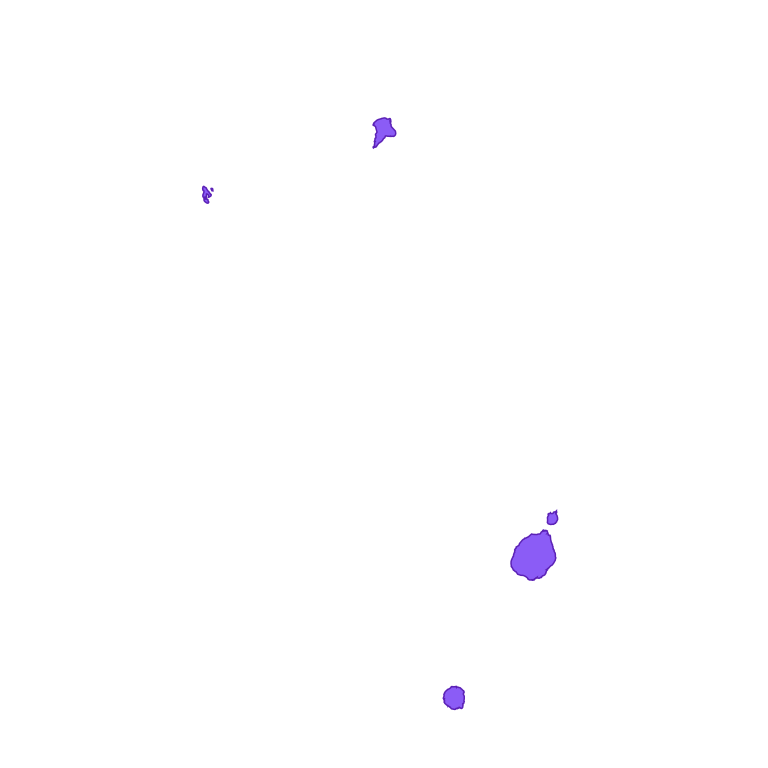 Kota Ternate, Maluku Utara, Indonesia (Robinson projection), rotated 39°
{"feature_id": "22746128B36781349389855", "entity_name": "Kota Ternate", "entity_type": "district", "adm_level": 2, "iso_a3": "IDN", "parent_name": "Indonesia", "parent_adm1": "Maluku Utara", "projection": "robinson", "projection_center": [127.204, 0.893], "detail": "fine", "context": "isolated", "style": "filled", "palette": "violet", "viewbox_px": 768, "rotation_deg": 39, "n_neighbors": 0, "source": "geoboundaries", "source_scale": "gbopen_adm2", "svg_char_len": 6055}
<svg xmlns="http://www.w3.org/2000/svg" viewBox="0 0 768 768"><g transform="rotate(39 384 384)"><path d="M603.5,395.8L603.4,395.5L603.1,395.5L602.9,395.8L602.2,395.8L602.0,396.4L601.4,396.3L601.2,396.6L601.3,397.2L600.9,397.4L600.5,398.0L600.2,397.3L600.0,397.1L599.7,397.2L599.6,398.1L600.0,398.8L599.6,399.4L599.4,400.2L599.7,401.9L599.6,402.2L599.1,402.9L598.1,403.7L597.8,404.5L597.4,404.9L594.4,407.1L593.1,407.7L592.4,411.9L592.1,412.3L592.0,412.9L591.4,413.8L591.4,414.1L591.0,414.8L590.4,415.2L590.6,415.9L590.1,416.8L589.8,418.2L589.7,422.5L589.9,423.3L590.2,423.7L590.3,424.4L589.9,426.1L589.3,427.5L589.8,428.0L589.9,428.9L589.7,429.1L589.9,430.1L589.9,430.5L590.5,430.8L590.6,431.6L591.5,432.5L591.5,433.7L592.0,434.5L592.2,435.3L593.0,436.3L592.9,437.2L593.3,437.8L593.3,438.9L593.8,439.8L593.8,440.4L594.5,442.0L595.8,443.7L597.4,445.2L597.6,445.6L598.2,446.0L598.1,446.5L598.3,446.0L598.8,445.8L601.8,447.2L602.3,446.9L602.9,447.1L604.2,447.1L604.7,446.8L607.6,447.7L610.8,446.5L612.4,445.3L613.3,444.9L615.2,444.5L617.1,444.4L617.7,444.5L618.4,445.0L618.8,444.8L619.6,444.9L620.6,444.6L621.3,443.9L621.8,443.7L622.0,443.5L621.9,443.3L622.2,442.9L622.6,442.8L622.9,443.0L623.0,442.9L622.7,442.7L623.4,442.0L623.5,442.1L623.7,441.7L623.5,441.4L623.6,441.2L623.8,441.4L623.9,441.1L623.8,441.3L623.6,441.1L623.7,440.8L623.9,441.0L623.9,440.6L623.9,440.8L623.8,440.7L623.8,440.4L624.0,440.3L624.0,439.8L624.2,439.7L624.0,439.3L624.3,438.8L624.5,438.1L624.6,438.4L624.7,438.2L625.0,438.5L625.3,438.2L626.7,437.4L627.1,436.9L627.6,435.4L627.9,435.5L627.7,436.0L628.1,435.1L627.8,434.6L628.0,433.3L628.3,433.3L628.0,433.2L628.1,432.9L628.5,432.6L629.0,431.3L629.0,431.1L628.7,431.1L629.0,431.0L628.8,429.7L628.5,429.7L628.9,429.6L628.8,429.1L628.6,428.6L628.4,428.6L627.8,426.6L627.1,426.3L627.1,426.1L627.7,425.8L627.4,425.6L627.5,425.5L627.6,425.4L627.4,425.5L627.5,425.3L627.4,424.6L627.6,424.5L627.4,424.3L627.7,423.9L627.7,423.1L627.9,422.9L627.8,422.2L628.0,420.2L628.5,419.4L628.6,418.7L628.6,416.9L628.0,413.2L627.2,411.8L627.1,411.2L626.9,410.9L626.5,410.8L625.8,410.3L624.3,408.5L623.4,407.7L621.7,407.1L620.7,406.0L619.6,406.0L619.0,405.2L618.3,405.0L617.7,404.1L617.3,404.0L616.8,403.7L616.2,403.0L615.9,403.0L614.2,401.9L613.6,401.7L611.4,400.0L608.9,397.4L608.4,397.2L608.3,397.5L607.9,397.3L607.1,397.9L606.6,397.9L606.4,397.5L605.4,396.9L605.0,397.4L605.0,396.6L603.5,395.8ZM634.8,572.1L633.9,572.3L633.3,572.8L632.5,572.9L631.4,573.6L631.4,573.9L631.1,573.7L631.1,574.0L630.7,573.7L630.2,573.8L629.7,574.7L628.9,575.1L628.3,575.9L628.0,576.1L627.4,576.2L626.9,576.7L626.8,577.2L627.0,577.5L626.9,578.6L625.9,581.3L625.6,581.4L625.5,583.1L625.2,584.1L625.5,586.2L625.8,586.4L625.7,586.7L626.0,587.7L626.3,588.0L626.5,588.0L627.1,588.8L627.8,590.9L628.6,591.3L628.7,591.0L628.8,591.0L629.1,591.3L629.2,591.0L628.9,590.6L629.0,590.5L629.2,591.0L629.7,591.5L630.0,591.9L630.6,592.8L630.7,592.5L631.4,593.4L632.2,593.9L634.5,594.0L635.0,593.9L635.4,594.1L636.2,593.9L636.3,594.0L636.3,593.8L636.7,593.9L637.1,593.7L638.2,593.8L638.4,593.5L640.8,594.0L643.9,592.3L644.2,591.8L644.2,590.9L645.2,590.4L645.2,590.1L645.0,589.7L645.9,589.5L646.0,589.7L645.9,589.5L646.1,589.1L645.9,588.6L646.0,588.4L645.8,588.1L646.1,587.8L646.7,587.7L647.0,587.8L648.2,587.6L648.4,587.4L648.7,586.8L648.5,585.4L647.7,584.5L647.5,583.8L647.3,583.6L646.9,584.0L647.1,583.7L647.0,583.4L646.6,583.3L646.4,582.7L646.7,582.4L646.9,582.0L646.1,580.2L645.8,580.2L645.5,579.9L645.7,579.5L645.5,579.8L645.3,579.6L644.5,578.2L642.8,576.1L640.9,575.2L640.3,574.3L640.2,573.7L640.4,573.6L640.1,572.9L639.0,572.6L638.8,572.3L638.4,572.5L636.1,572.2L635.7,572.4L634.8,572.1ZM223.6,176.1L223.1,176.0L222.7,175.3L222.8,175.1L223.3,175.1L223.3,174.7L221.8,173.9L221.2,174.3L220.8,175.3L219.9,176.0L219.1,176.4L218.6,176.2L217.2,176.7L216.4,177.5L215.7,178.4L215.1,179.0L215.1,179.3L213.1,182.1L212.3,184.0L212.3,185.1L212.0,186.1L211.9,187.2L212.4,188.0L212.0,188.0L212.5,189.6L213.3,189.6L213.7,189.4L215.4,189.3L220.0,192.6L220.3,194.1L220.2,195.1L220.6,195.8L221.3,196.0L222.8,197.8L222.5,198.6L222.6,199.0L223.5,200.2L223.9,201.6L224.1,201.6L224.3,201.1L224.6,201.1L224.4,201.8L225.7,203.4L226.1,204.5L226.5,204.5L226.6,204.9L226.9,205.0L227.0,205.7L226.4,206.4L226.8,207.1L227.2,207.2L227.2,206.7L228.5,205.0L228.7,204.4L228.5,202.9L228.4,200.1L228.9,199.1L228.9,198.2L229.3,197.6L229.5,195.7L229.2,193.5L229.6,192.3L229.4,191.3L229.0,190.5L229.5,189.8L230.6,189.4L231.1,188.9L232.4,188.1L233.1,187.2L233.6,187.3L234.3,186.4L235.5,185.7L235.6,185.2L236.0,184.9L236.1,183.2L235.4,181.8L233.7,180.3L227.8,179.4L226.5,178.4L226.1,177.8L224.5,177.3L224.2,176.8L224.5,176.1L224.4,175.9L223.6,176.1ZM598.7,374.7L598.3,374.6L598.2,374.8L598.1,374.6L597.9,374.9L597.8,374.7L597.7,375.8L597.2,375.9L596.6,376.6L596.5,377.0L596.8,377.6L596.4,378.7L595.2,379.6L594.8,379.7L594.4,379.4L594.3,380.5L593.7,380.8L593.4,381.8L593.8,382.2L594.2,382.2L594.5,382.4L594.7,383.8L595.1,385.0L597.0,387.0L597.3,387.7L597.8,388.1L598.1,388.8L599.6,389.3L601.8,388.4L603.4,386.8L603.9,386.5L604.3,385.7L604.3,385.1L604.9,384.4L604.7,383.4L604.9,382.5L604.6,382.1L604.4,380.7L604.1,379.9L602.8,378.5L601.1,377.3L599.1,376.7L598.8,376.2L599.2,375.8L599.1,375.3L598.7,374.7ZM122.7,343.6L122.0,343.5L121.5,343.7L119.6,343.8L119.4,344.1L119.3,344.8L120.2,346.4L121.3,347.3L122.2,347.5L122.5,347.3L123.3,348.1L124.3,351.1L125.3,352.3L125.6,352.5L126.6,352.4L128.8,354.7L130.0,355.0L132.2,354.9L133.4,354.3L133.5,353.3L133.2,352.8L132.2,352.5L131.2,351.6L130.2,351.7L128.8,351.2L128.5,351.5L128.6,351.8L129.3,352.1L129.3,352.4L128.9,352.7L128.7,352.3L128.2,352.3L127.9,351.9L127.2,351.5L127.2,351.3L128.0,351.0L128.1,350.4L126.5,348.0L127.1,347.6L128.3,347.6L129.4,348.2L129.9,349.4L130.3,349.2L131.1,347.1L131.0,346.3L130.4,345.5L129.9,345.5L129.7,345.8L129.4,345.8L128.8,345.3L127.9,345.3L126.7,344.7L125.9,344.8L123.8,344.2L122.7,343.6ZM127.6,340.1L127.1,340.3L126.6,340.8L126.7,341.2L128.7,342.1L129.5,341.6L128.1,340.2L127.6,340.1Z" fill="#8b5cf6" stroke="#5b21b6" stroke-width="1.5"/></g></svg>